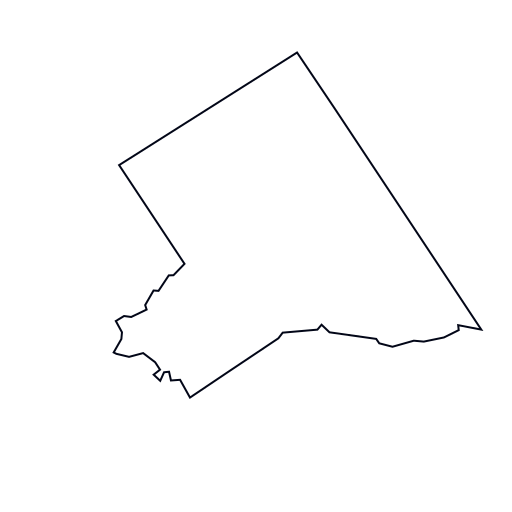 Warren, New York, United States of America, rotated 64°
{"feature_id": "52423323B25656019308328", "entity_name": "Warren", "entity_type": "district", "adm_level": 2, "iso_a3": "USA", "parent_name": "United States of America", "parent_adm1": "New York", "projection": "mercator", "projection_center": [-73.717, 43.513], "detail": "fine", "context": "isolated", "style": "outline", "palette": "ink", "viewbox_px": 512, "rotation_deg": 64, "n_neighbors": 0, "source": "geoboundaries", "source_scale": "gbopen_adm2", "svg_char_len": 691}
<svg xmlns="http://www.w3.org/2000/svg" viewBox="0 0 512 512"><g transform="rotate(64 256 256)"><path d="M158.1,120.6L91.1,129.9L114.3,339.2L231.7,323.7L237.1,338.6L235.2,342.9L244.6,358.9L242.1,363.2L251.5,377.1L256.2,377.8L256.1,394.9L252.1,400.9L253.0,410.5L265.8,409.9L271.6,413.4L280.3,426.2L282.7,424.4L291.0,414.3L293.8,400.0L307.3,393.2L316.1,392.1L317.8,400.0L326.2,396.8L320.2,389.6L321.9,384.9L330.6,387.0L334.0,378.5L354.3,377.4L348.0,332.1L339.8,272.0L336.6,265.6L349.1,233.1L346.5,227.2L356.8,223.4L383.2,184.3L388.5,183.5L397.4,173.1L401.3,151.3L406.5,142.7L411.6,122.8L411.5,106.3L406.8,104.6L420.9,85.8L158.1,120.6Z" fill="none" stroke="#020617" stroke-width="2"/></g></svg>